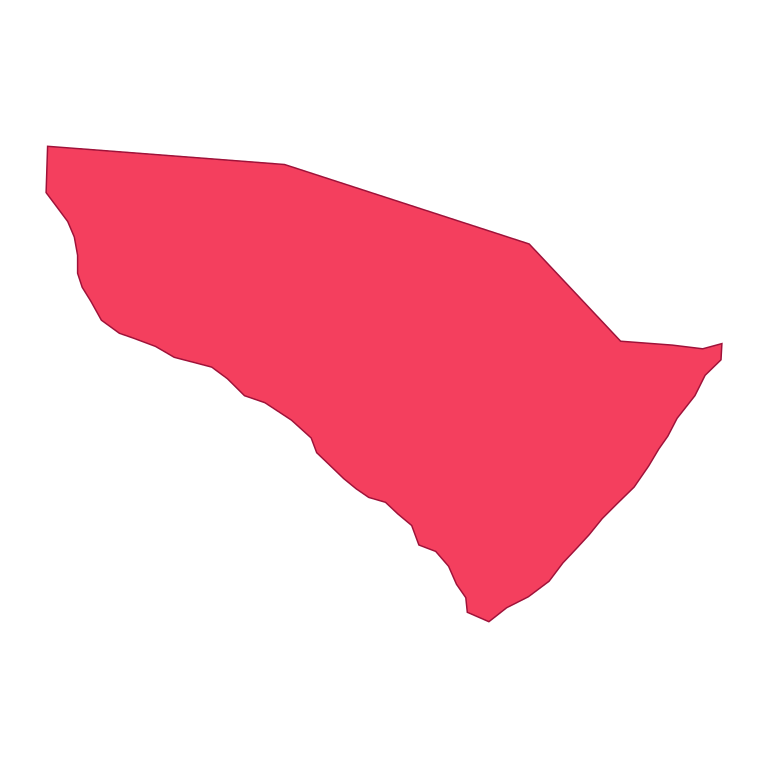 São Miguel dos Milagres, Alagoas, Brazil
{"feature_id": "56859067B37643170817280", "entity_name": "São Miguel dos Milagres", "entity_type": "district", "adm_level": 2, "iso_a3": "BRA", "parent_name": "Brazil", "parent_adm1": "Alagoas", "projection": "mercator", "projection_center": [-35.405, -9.238], "detail": "fine", "context": "isolated", "style": "filled", "palette": "rose", "viewbox_px": 768, "rotation_deg": 0, "n_neighbors": 0, "source": "geoboundaries", "source_scale": "gbopen_adm2", "svg_char_len": 819}
<svg xmlns="http://www.w3.org/2000/svg" viewBox="0 0 768 768"><path d="M488.9,621.7L506.7,607.7L528.3,596.8L549.1,581.2L562.9,562.9L576.1,548.9L589.0,534.9L602.3,518.5L617.0,503.8L634.1,487.1L648.6,466.1L658.8,449.0L667.8,436.2L677.1,418.3L694.9,395.7L705.1,375.3L721.0,359.8L721.9,343.6L702.7,348.8L672.3,345.1L620.6,341.2L529.2,244.0L284.5,164.5L47.6,146.3L46.1,192.6L58.4,209.0L67.7,221.5L74.3,237.0L77.6,255.3L77.6,273.3L82.2,287.3L90.9,301.3L101.4,320.2L119.4,333.3L133.3,338.1L155.5,346.4L174.2,357.3L211.7,367.1L227.4,378.7L244.5,395.7L264.9,402.7L291.4,420.1L311.2,438.0L316.7,452.7L327.5,463.0L343.7,478.6L356.3,488.9L368.7,497.4L385.5,502.3L397.8,513.9L411.7,525.5L418.9,545.0L435.7,551.4L448.6,566.3L456.5,584.3L465.8,597.7L467.3,612.3L488.9,621.7Z" fill="#f43f5e" stroke="#9f1239" stroke-width="1.5"/></svg>